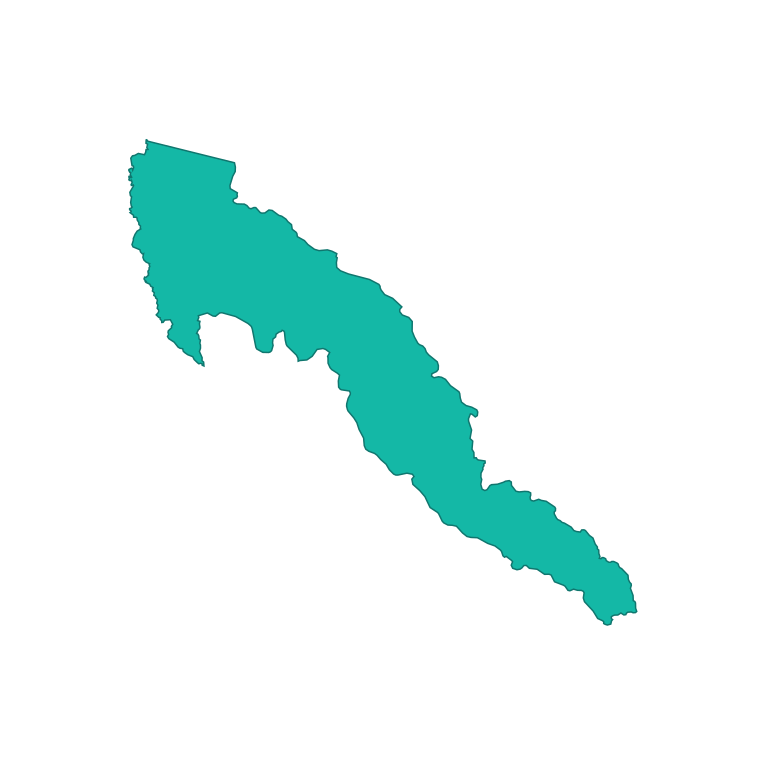 the district of São Paulo de Olivença, Amazonas, Brazil, rotated 285°
{"feature_id": "56859067B25364634126216", "entity_name": "São Paulo de Olivença", "entity_type": "district", "adm_level": 2, "iso_a3": "BRA", "parent_name": "Brazil", "parent_adm1": "Amazonas", "projection": "orthographic", "projection_center": [-69.469, -4.737], "detail": "fine", "context": "isolated", "style": "filled", "palette": "teal", "viewbox_px": 768, "rotation_deg": 285, "n_neighbors": 0, "source": "geoboundaries", "source_scale": "gbopen_adm2", "svg_char_len": 6116}
<svg xmlns="http://www.w3.org/2000/svg" viewBox="0 0 768 768"><g transform="rotate(285 384 384)"><path d="M557.4,93.0L558.5,91.6L558.2,91.1L554.9,91.8L554.5,93.6L551.1,93.7L549.5,95.3L548.9,93.5L546.2,93.8L543.5,93.3L543.1,87.0L540.4,84.2L539.3,82.0L537.3,81.2L536.5,81.0L529.7,84.1L529.6,85.5L528.3,86.2L525.6,85.9L527.1,85.0L527.1,84.2L525.2,82.1L524.4,82.2L522.8,83.5L522.7,84.6L520.4,84.8L518.4,86.8L517.9,86.4L518.9,84.6L518.5,83.9L517.3,84.3L517.3,84.9L515.2,84.7L514.7,86.2L515.5,87.3L513.3,88.6L511.2,88.1L510.4,88.6L511.4,90.3L510.7,90.8L503.4,88.9L500.3,90.3L499.6,91.7L493.8,92.3L490.7,93.8L489.7,94.9L488.5,94.3L487.6,92.9L486.5,93.2L485.7,94.9L485.0,95.2L483.8,94.3L482.2,98.3L480.3,99.0L480.9,101.6L480.4,102.5L478.5,103.2L476.6,105.3L474.6,106.0L473.6,107.9L471.1,108.3L470.8,108.9L467.8,106.0L464.2,104.8L459.7,104.2L457.9,104.7L453.4,104.5L451.5,106.1L450.5,113.5L448.6,114.6L447.2,116.8L447.1,117.5L447.6,118.0L444.0,118.3L441.6,120.0L440.2,122.6L439.5,126.5L438.6,126.2L436.9,127.4L435.5,127.0L433.7,127.5L431.9,126.8L430.5,127.3L430.2,128.0L429.2,127.7L428.3,128.4L425.4,126.5L425.3,125.1L423.5,125.0L422.7,125.6L421.6,127.6L421.1,127.0L420.5,127.8L419.8,131.9L418.1,133.4L417.3,136.1L416.1,135.7L415.6,136.3L413.9,136.2L412.7,138.5L410.0,138.7L409.4,140.6L407.9,141.2L407.5,142.6L405.9,143.5L403.3,143.5L401.7,145.2L398.4,145.3L397.3,147.0L396.0,147.6L394.4,147.4L391.8,146.1L390.1,149.2L390.0,150.7L388.7,151.0L387.5,152.9L385.9,153.4L386.4,154.7L389.0,155.7L390.8,161.0L387.0,164.5L384.7,163.7L383.4,164.3L379.6,161.9L378.0,162.0L376.1,163.1L373.8,162.6L372.1,164.4L370.1,170.5L366.3,175.6L365.7,177.8L366.0,180.4L363.6,181.7L362.7,183.5L361.5,186.8L360.9,192.2L358.5,194.3L356.2,198.5L355.6,200.0L356.5,201.4L356.5,202.9L355.1,203.5L354.8,205.4L358.5,204.1L359.4,202.2L362.4,201.5L367.6,197.3L371.0,197.5L374.2,196.6L375.6,195.6L378.9,195.3L379.7,193.7L382.6,192.6L384.0,191.4L384.3,189.9L388.2,190.6L389.7,191.6L391.2,191.5L394.4,190.1L396.9,190.0L397.0,187.5L400.3,187.9L401.9,187.0L406.9,195.0L405.4,201.2L405.8,203.7L410.1,206.9L410.9,209.0L410.8,223.2L407.3,236.9L406.1,239.4L405.2,241.0L403.1,242.5L386.4,250.7L384.9,252.0L383.2,258.7L384.6,264.5L385.6,265.9L387.1,266.8L392.5,266.9L394.9,265.7L398.6,265.1L401.4,267.1L404.2,266.9L407.0,269.2L408.2,271.2L409.5,271.7L409.3,273.4L408.4,274.4L401.0,277.2L397.0,279.3L395.7,280.5L389.2,292.0L386.6,294.3L383.8,295.2L384.9,296.7L387.3,303.3L392.2,307.5L400.1,310.4L402.5,315.9L402.3,318.7L400.4,323.4L396.1,322.4L394.9,323.1L389.6,324.6L385.8,327.7L384.4,329.7L382.4,336.1L381.1,338.7L375.1,339.1L369.2,341.0L367.6,343.1L367.4,344.4L368.3,352.4L366.7,353.8L365.2,354.1L360.9,353.1L355.3,353.1L352.9,353.6L350.0,355.2L348.6,356.3L343.5,363.6L339.6,367.8L333.6,371.7L326.5,378.3L319.3,380.9L316.3,383.3L315.1,386.7L314.5,392.9L313.4,395.7L310.2,400.4L307.0,406.9L302.6,411.3L299.5,416.6L299.1,419.0L299.7,421.1L303.8,429.2L304.2,434.8L302.4,436.9L299.3,435.5L294.5,437.9L290.2,446.3L285.8,452.7L276.6,460.5L273.8,469.0L272.8,470.4L266.6,475.7L265.3,477.7L264.3,482.2L265.2,486.4L265.4,490.8L260.4,498.5L258.2,503.6L258.3,507.7L259.7,514.0L256.9,525.4L256.3,533.1L253.8,539.4L252.6,540.9L248.8,543.4L247.9,545.2L249.1,546.7L246.6,552.9L245.6,554.2L241.9,553.8L239.3,556.0L239.0,560.5L240.4,563.4L242.2,564.9L244.8,566.0L245.6,568.4L243.6,572.1L244.7,579.9L241.7,588.3L243.0,592.7L242.7,594.9L237.1,599.9L236.1,609.5L235.5,611.3L232.3,615.1L232.4,617.1L234.9,620.2L234.8,624.4L235.7,627.9L235.4,630.0L234.2,631.3L228.9,631.9L225.6,634.0L218.8,644.8L212.8,651.1L211.9,656.4L211.2,657.8L209.5,658.2L209.1,659.8L209.0,662.1L210.8,665.2L214.2,665.1L215.6,665.8L216.2,664.4L217.9,663.8L219.2,664.8L220.4,666.4L221.4,669.7L224.1,672.1L223.0,675.5L223.8,677.3L225.4,677.5L226.7,678.6L227.8,681.9L227.5,683.8L228.3,686.1L229.7,687.0L232.5,685.1L237.6,683.6L238.8,682.6L239.3,680.8L244.2,679.3L250.4,674.9L253.5,675.0L255.0,674.4L256.0,672.7L258.5,670.6L262.4,669.2L267.2,661.3L267.6,659.4L268.7,658.0L270.7,656.8L271.4,655.4L272.0,651.8L271.5,649.9L270.4,648.9L270.0,647.3L270.9,644.4L272.6,643.3L273.1,641.1L272.8,639.6L271.4,638.8L271.3,637.1L273.1,637.3L275.9,635.4L279.2,634.4L280.0,632.7L281.8,632.3L284.1,629.4L289.3,625.7L290.9,621.6L294.6,616.5L294.9,614.9L294.2,612.7L291.8,611.9L291.3,608.0L291.6,605.3L294.2,601.9L296.3,594.4L296.4,591.8L297.6,589.5L298.0,586.9L299.0,585.4L302.6,582.1L304.4,581.5L305.9,582.4L308.2,581.9L309.3,580.8L312.7,571.0L312.3,566.0L312.7,563.3L309.7,558.9L309.6,556.6L310.4,555.3L312.5,554.4L314.6,554.5L316.8,553.8L317.4,551.2L316.7,547.7L314.7,542.4L314.6,539.2L319.0,533.4L322.3,532.3L323.1,530.0L321.5,526.4L320.0,524.8L316.6,519.6L314.6,513.9L313.3,512.6L308.6,510.9L307.2,509.0L307.8,506.0L312.2,503.4L317.1,503.1L319.1,501.7L323.0,500.8L327.3,501.7L328.6,501.0L330.9,501.7L332.5,501.0L333.9,502.2L335.8,501.5L335.0,494.8L335.4,493.4L336.6,492.3L336.0,490.1L341.2,488.5L343.7,485.9L351.8,484.5L353.6,481.2L362.2,480.5L370.0,475.3L372.3,474.6L377.5,475.2L377.6,476.8L375.8,480.7L377.6,482.3L381.2,481.8L383.0,480.3L384.3,474.8L384.4,468.9L386.5,463.6L390.2,461.3L394.4,459.6L395.9,458.4L399.6,448.6L404.4,442.2L405.4,437.9L405.1,434.8L403.0,430.7L403.9,427.9L406.3,427.6L409.7,431.6L412.1,432.6L415.8,431.8L419.2,429.7L423.7,419.6L425.8,416.6L428.8,414.5L430.7,411.6L431.2,408.0L432.2,406.1L437.2,401.3L442.3,397.5L451.7,395.1L454.7,390.7L455.4,383.8L457.9,380.5L460.1,379.9L463.1,381.3L469.0,370.2L470.5,361.5L474.0,356.9L475.9,355.4L477.4,354.9L478.9,353.3L481.2,342.9L481.1,321.2L482.1,312.6L484.3,308.2L488.9,306.6L493.9,306.1L494.5,304.7L497.7,304.7L498.8,299.4L498.9,294.6L496.0,286.7L496.1,282.0L499.0,274.4L501.9,270.1L503.9,262.2L506.8,260.9L507.8,259.8L509.7,255.3L514.0,253.4L515.9,249.2L517.9,246.6L519.6,241.8L519.7,238.7L522.7,231.1L522.3,227.8L518.4,224.7L517.4,221.7L517.6,220.0L521.2,214.5L520.8,212.7L518.9,210.2L518.9,208.3L520.9,205.4L521.6,202.5L519.9,195.4L520.4,192.3L521.6,190.8L523.5,190.7L525.7,193.5L527.4,193.8L528.9,193.0L530.7,192.9L532.9,184.9L535.8,183.8L545.5,184.1L550.7,185.3L555.1,184.3L559.0,182.3L557.4,93.0Z" fill="#14b8a6" stroke="#0f766e" stroke-width="1.5"/></g></svg>